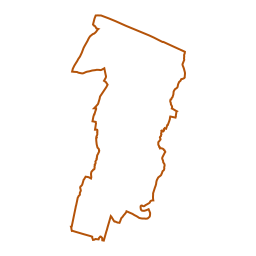 the district of Bang Sao Thong, Samut Prakan, Thailand
{"feature_id": "78962969B16455268499709", "entity_name": "Bang Sao Thong", "entity_type": "district", "adm_level": 2, "iso_a3": "THA", "parent_name": "Thailand", "parent_adm1": "Samut Prakan", "projection": "robinson", "projection_center": [100.804, 13.633], "detail": "fine", "context": "isolated", "style": "outline", "palette": "amber", "viewbox_px": 256, "rotation_deg": 0, "n_neighbors": 0, "source": "geoboundaries", "source_scale": "gbopen_adm2", "svg_char_len": 5647}
<svg xmlns="http://www.w3.org/2000/svg" viewBox="0 0 256 256"><path d="M184.9,51.8L163.3,41.9L162.6,42.0L158.8,40.1L153.9,37.6L149.1,35.4L138.0,30.8L125.9,25.8L115.6,21.2L108.8,18.4L101.1,15.5L97.5,15.4L95.7,15.5L94.5,18.6L93.1,24.1L93.0,24.5L93.9,25.6L94.1,25.6L94.3,25.6L95.2,26.4L96.4,28.4L98.3,29.0L97.9,29.3L96.0,31.9L95.5,32.4L95.0,32.9L94.1,33.6L92.8,34.1L92.4,34.4L90.3,36.1L89.9,36.5L89.6,37.0L88.7,38.4L87.4,41.1L85.8,43.9L84.5,46.2L83.6,47.9L81.8,52.7L80.0,56.5L79.4,57.4L78.4,58.8L77.0,61.4L76.2,62.6L74.3,65.7L72.8,68.8L72.1,71.6L73.8,71.8L76.9,72.0L77.3,72.1L78.0,72.5L78.5,72.7L81.4,73.3L82.8,73.4L83.9,73.0L85.6,72.2L86.7,71.8L87.6,71.6L89.4,71.3L92.2,70.5L95.4,70.1L96.8,69.8L99.2,69.9L100.3,70.1L101.0,70.0L101.6,69.8L104.3,68.3L104.6,69.8L105.7,75.0L106.0,76.2L106.0,76.6L105.8,77.6L104.0,80.8L105.8,82.0L107.6,84.7L106.5,86.8L106.2,87.3L100.2,96.3L100.0,96.7L99.6,98.8L98.2,103.5L98.0,104.0L96.2,106.1L94.1,108.3L96.1,108.4L96.1,108.5L96.1,108.8L96.1,109.2L95.3,111.4L94.4,114.4L94.1,114.4L93.4,116.6L92.5,121.3L95.7,121.9L95.7,122.6L96.0,123.2L95.6,126.0L95.0,129.7L95.8,129.7L96.7,129.6L97.2,129.8L97.3,130.0L97.4,130.7L97.2,131.9L97.4,132.1L97.2,132.7L97.3,133.0L97.3,133.5L97.3,134.5L96.9,135.6L96.4,136.4L96.5,136.9L96.8,137.6L96.6,137.8L96.1,138.1L96.2,138.8L96.3,141.0L96.7,144.4L96.9,145.2L97.5,147.6L98.6,148.7L98.8,149.1L99.0,150.1L99.2,150.4L99.0,150.9L99.1,151.7L98.4,152.9L98.3,153.4L97.2,155.3L97.1,155.7L97.1,156.4L96.8,157.1L97.0,157.9L96.5,158.6L96.7,159.4L96.7,159.5L96.1,160.3L95.4,161.5L95.4,161.8L95.6,162.7L95.6,163.1L95.4,163.6L95.3,163.9L94.8,164.4L94.7,164.5L94.9,165.4L94.6,165.9L94.5,166.2L94.5,166.5L94.7,167.1L94.5,167.9L94.5,168.6L94.4,169.0L94.2,169.3L93.3,169.6L92.7,170.5L91.7,171.4L91.5,171.7L91.2,172.7L91.1,173.4L91.0,174.0L91.3,177.2L91.2,177.8L91.0,178.5L89.4,177.6L88.6,177.2L87.8,177.0L85.6,176.7L85.2,177.5L84.7,178.2L84.2,179.2L83.7,179.6L82.2,184.7L81.7,185.4L81.4,185.8L80.5,186.5L80.3,187.0L80.2,187.4L80.2,188.0L80.5,188.9L80.8,190.6L80.7,191.0L79.9,192.7L79.8,193.2L79.9,194.1L79.9,194.5L79.7,194.9L79.6,195.2L78.7,195.9L78.3,196.8L78.1,197.1L77.8,197.6L77.7,197.8L77.1,200.8L76.1,205.5L75.8,206.4L75.6,207.6L73.8,216.3L73.3,218.8L71.7,226.5L71.6,226.8L71.0,226.8L71.2,227.4L71.3,228.0L71.4,228.5L71.5,229.3L71.6,230.0L71.9,230.9L72.3,230.8L75.6,231.8L84.1,234.3L90.5,236.1L92.2,236.7L92.2,237.6L92.8,239.2L93.0,239.9L93.9,239.8L94.6,239.6L95.3,239.0L98.6,239.4L98.7,239.2L99.0,238.0L99.9,237.1L100.2,236.6L100.4,236.5L100.6,236.5L100.8,236.6L101.0,236.8L102.2,238.0L102.3,240.3L103.8,240.6L106.3,231.6L106.9,229.8L107.5,227.5L109.2,221.7L110.8,216.1L111.4,216.8L113.9,220.9L114.4,221.5L114.6,221.6L115.2,221.5L115.4,221.6L116.4,222.1L117.7,222.6L119.1,222.7L119.5,222.8L120.3,220.9L120.9,219.2L121.4,218.0L122.2,217.3L122.9,216.4L123.8,215.1L124.5,214.4L125.3,213.4L126.2,212.2L126.5,211.3L127.7,211.8L132.5,213.9L134.4,215.1L135.8,215.8L137.6,216.8L138.8,217.7L139.9,218.1L141.3,218.4L142.2,218.5L144.4,218.5L145.4,218.7L147.0,218.6L147.7,218.4L149.2,217.1L149.6,216.7L149.8,216.2L149.9,215.9L150.1,214.0L150.1,213.1L150.1,212.9L148.6,209.2L147.7,209.6L146.3,210.2L144.3,210.8L143.1,210.8L141.9,210.6L141.4,210.1L141.0,209.7L140.9,209.4L140.8,208.9L140.6,207.5L140.6,207.0L140.6,206.5L140.7,206.1L141.0,205.8L141.2,205.6L141.5,205.5L141.9,205.5L142.7,206.0L143.5,206.2L143.8,206.2L144.3,206.1L144.9,205.7L145.3,205.2L146.0,204.9L149.0,203.2L149.8,202.5L150.2,201.5L150.6,201.1L151.0,200.8L151.2,200.7L152.3,200.4L153.3,200.4L153.1,199.2L153.0,197.8L153.0,196.4L153.1,195.0L153.1,193.7L153.1,193.3L155.0,187.3L155.5,186.1L156.1,184.0L156.3,182.2L156.7,180.5L157.0,179.8L158.2,177.5L158.4,177.3L160.6,175.6L161.2,174.9L161.6,173.8L162.0,173.0L162.5,171.4L162.7,171.1L163.6,170.4L163.9,170.0L164.1,169.4L164.3,168.6L164.2,167.7L164.2,167.1L164.6,165.7L164.5,164.4L164.3,163.9L163.6,162.9L163.3,162.4L163.2,162.1L163.1,160.9L162.4,159.2L162.2,158.6L162.2,158.1L162.3,157.6L162.6,156.9L164.7,152.8L165.3,151.9L165.0,151.2L164.6,150.8L164.5,150.3L163.9,150.0L163.6,149.3L162.9,148.8L162.4,148.6L161.5,148.3L160.5,148.2L160.0,148.4L159.8,147.9L159.8,147.1L159.7,147.0L159.1,146.8L159.0,145.9L158.5,145.1L158.3,144.7L158.3,144.3L158.3,143.2L158.3,142.4L158.5,141.9L158.9,141.5L159.4,141.0L159.8,140.3L160.2,139.9L160.5,139.5L160.5,139.2L160.3,138.4L159.9,137.6L159.9,137.4L160.1,136.9L160.2,136.7L160.9,136.2L161.0,135.2L161.4,134.6L161.4,134.4L161.1,133.7L161.1,133.3L161.6,131.9L161.6,131.7L161.3,130.9L161.7,130.5L162.1,130.5L162.3,130.6L162.6,131.2L162.7,131.3L162.9,131.4L163.3,131.4L163.7,130.9L164.0,130.5L164.1,130.0L163.9,129.1L164.1,128.8L164.2,128.7L164.6,128.8L164.8,128.7L164.9,128.2L166.1,128.7L166.9,126.3L166.9,126.2L167.3,125.0L167.4,124.9L167.7,125.0L167.8,125.0L169.2,121.2L169.9,118.9L169.9,118.2L170.1,117.1L170.3,116.5L175.5,117.6L175.9,116.2L175.8,115.7L176.5,111.6L176.9,111.3L175.9,110.8L172.8,108.9L171.8,108.5L172.1,107.4L172.1,106.9L171.9,106.1L171.0,104.5L170.9,104.2L170.8,102.9L170.7,102.6L170.4,102.0L170.3,101.6L170.2,101.0L170.3,100.6L170.4,100.1L170.5,99.6L171.1,99.5L171.3,99.3L171.5,98.4L171.7,98.1L171.9,97.8L172.4,97.4L173.0,95.6L173.4,94.3L173.6,91.7L174.1,90.6L174.6,89.8L175.2,89.0L176.1,88.5L176.7,88.0L177.2,87.6L177.4,87.3L177.6,86.8L177.9,85.3L178.1,84.3L178.8,82.7L179.0,82.1L180.1,81.1L180.6,80.6L180.7,80.4L181.2,79.2L181.4,79.1L182.6,78.9L183.4,78.5L183.9,78.3L184.4,77.9L184.7,77.5L184.7,76.9L185.0,73.6L184.9,72.4L183.9,68.6L183.4,67.2L182.7,65.5L182.6,65.0L182.5,64.5L182.5,64.2L183.9,60.7L184.2,60.0L184.2,59.5L184.0,58.5L184.2,56.7L184.1,55.0L184.2,54.7L184.7,53.4L184.9,51.8Z" fill="none" stroke="#b45309" stroke-width="2"/></svg>